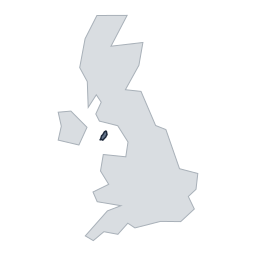 map of Isle of Man with United Kingdom greyed out
{"feature_id": "IMN", "entity_name": "Isle of Man", "entity_type": "country or territory", "adm_level": 0, "iso_a3": "IMN", "parent_name": "Europe", "parent_adm1": "", "projection": "mercator", "projection_center": [-4.545, 54.233], "detail": "fine", "context": "with_neighbors", "style": "filled", "palette": "slate", "viewbox_px": 256, "rotation_deg": 0, "n_neighbors": 1, "source": "natural_earth", "source_scale": "50m", "svg_char_len": 921}
<svg xmlns="http://www.w3.org/2000/svg" viewBox="0 0 256 256"><path d="M78.9,145.0L58.2,140.1L61.3,126.2L58.2,112.2L70.9,111.1L87.0,127.3L78.9,145.0ZM125.8,156.8L128.0,142.0L117.7,125.7L99.4,121.1L95.8,114.0L101.2,102.2L96.3,94.8L88.2,107.4L87.3,81.6L79.7,67.6L85.1,38.7L96.9,15.5L127.1,15.4L111.0,46.2L142.9,42.5L138.9,65.3L125.4,89.7L141.0,91.4L155.6,125.5L165.9,129.6L179.5,168.7L197.8,173.5L196.0,189.3L188.3,196.5L194.3,209.0L180.7,221.6L160.5,221.4L134.9,227.9L127.8,223.2L117.9,234.3L103.9,231.7L93.3,240.6L85.3,235.9L107.4,210.9L120.9,205.7L97.2,201.7L93.0,192.0L108.7,184.3L100.5,171.0L103.3,154.5L125.8,156.8Z" fill="#d9dde1" stroke="#a8b0b8" stroke-width="1"/><path d="M105.9,136.8L102.8,140.1L101.6,139.5L100.5,139.8L100.2,139.7L100.8,138.6L101.6,135.8L102.8,134.7L104.4,131.9L105.7,131.1L106.1,131.2L106.4,131.5L107.0,134.7L106.2,135.8L105.9,136.8Z" fill="#64748b" stroke="#1e293b" stroke-width="1.5"/></svg>